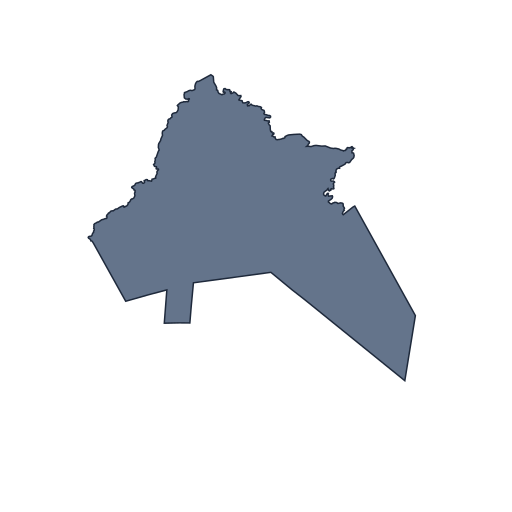 the district of Kinango, Coast, Kenya, rotated 241°
{"feature_id": "3690345B23512246754033", "entity_name": "Kinango", "entity_type": "district", "adm_level": 2, "iso_a3": "KEN", "parent_name": "Kenya", "parent_adm1": "Coast", "projection": "robinson", "projection_center": [39.255, -3.945], "detail": "fine", "context": "isolated", "style": "filled", "palette": "slate", "viewbox_px": 512, "rotation_deg": 241, "n_neighbors": 0, "source": "geoboundaries", "source_scale": "gbopen_adm2", "svg_char_len": 6170}
<svg xmlns="http://www.w3.org/2000/svg" viewBox="0 0 512 512"><g transform="rotate(241 256 256)"><path d="M433.6,272.7L433.0,272.5L432.5,271.7L432.0,271.3L429.1,270.0L427.3,270.7L426.6,271.9L425.9,272.6L426.3,273.1L426.3,273.5L425.9,273.9L425.5,273.7L425.4,273.3L425.7,272.6L424.2,272.2L423.9,271.5L424.0,271.1L424.7,270.3L425.2,268.7L426.0,267.6L426.0,266.5L426.4,265.7L426.7,263.9L426.0,260.8L425.7,260.1L424.2,260.4L422.1,259.1L421.4,258.5L420.4,256.9L420.1,255.7L420.8,253.7L421.0,252.1L420.2,250.6L418.6,250.1L418.2,249.8L418.1,248.3L417.7,247.5L418.0,245.9L417.6,245.0L416.8,244.3L415.5,244.0L413.3,241.4L411.9,241.2L411.3,240.4L410.9,237.7L410.4,236.7L410.6,235.3L410.3,234.7L409.0,233.6L406.8,232.7L404.5,229.6L403.2,228.5L401.5,225.5L400.7,224.7L398.3,223.2L395.6,222.7L395.0,221.4L390.7,216.6L390.5,215.4L390.2,215.0L388.8,214.5L387.7,213.3L386.4,212.8L386.0,212.2L385.7,210.8L383.6,210.7L382.4,212.2L381.8,212.1L381.2,211.2L380.6,211.0L380.1,211.4L379.8,212.5L379.1,212.7L378.7,212.4L378.3,211.1L377.5,210.0L376.2,209.6L374.1,206.7L372.7,206.1L372.7,205.8L373.1,205.1L373.1,203.7L373.6,202.4L372.1,200.9L373.8,198.9L374.1,198.1L374.4,197.8L375.4,198.0L376.1,197.0L376.0,195.5L376.2,194.8L376.0,194.5L375.3,194.6L374.4,194.2L374.1,192.9L374.7,192.1L376.5,191.9L376.7,191.7L376.9,191.3L376.9,190.0L377.1,189.4L377.0,188.9L377.8,186.5L377.7,185.7L376.9,184.7L376.6,183.4L376.8,181.3L376.4,180.6L376.0,180.5L373.6,181.6L372.9,181.3L372.3,181.9L371.6,181.9L370.9,181.3L370.3,181.1L370.1,180.5L369.6,180.1L367.4,179.3L366.0,177.4L365.8,175.6L366.2,174.9L365.9,173.6L365.4,173.2L364.6,171.7L364.3,170.9L364.6,170.1L363.1,168.9L362.5,167.4L362.5,166.6L362.7,165.8L362.5,165.0L362.6,164.5L363.1,164.1L363.6,164.5L364.0,164.4L364.3,164.2L364.5,163.3L364.7,159.9L364.4,157.7L365.1,155.9L364.7,153.0L365.3,152.0L365.6,150.5L364.8,148.7L365.1,148.1L365.0,147.6L364.4,146.6L364.2,145.7L363.9,145.1L363.2,144.5L362.7,144.7L362.1,144.4L361.4,143.8L361.4,143.0L361.8,142.5L362.1,139.8L362.3,139.6L362.5,138.6L362.1,134.5L362.6,133.7L362.4,132.6L362.5,130.5L362.0,129.4L361.4,129.3L360.8,128.7L359.2,127.9L358.8,127.4L358.0,127.6L357.0,127.0L356.5,126.0L355.5,125.5L355.3,124.7L354.5,123.4L353.7,122.7L353.3,122.0L353.5,120.7L354.0,119.7L354.0,118.9L353.7,118.3L352.7,118.2L351.3,119.0L349.8,119.1L349.3,118.9L349.1,119.4L348.1,119.9L346.0,120.0L279.6,120.1L274.4,142.4L269.6,161.6L241.7,143.2L234.7,156.5L229.5,165.7L243.0,174.7L262.9,188.3L234.5,261.1L208.8,271.2L193.8,277.6L74.8,325.7L126.6,366.5L251.8,366.6L251.8,364.5L249.8,352.3L250.5,352.1L251.4,352.2L252.7,353.9L253.2,355.4L253.8,355.3L254.7,356.1L254.8,356.5L255.4,356.6L257.2,356.4L258.5,357.1L259.7,357.5L260.5,357.0L261.5,355.7L262.1,353.4L262.5,352.8L263.3,352.7L263.8,352.3L264.8,350.9L264.7,349.8L265.0,349.5L265.1,348.7L264.8,347.5L265.5,346.7L266.4,346.1L267.5,345.9L268.0,345.5L268.6,345.8L268.9,345.9L269.0,346.9L269.1,348.8L269.5,350.5L270.4,351.5L271.1,351.9L271.7,351.9L273.2,348.4L274.8,348.8L275.1,349.0L275.3,349.5L276.0,349.4L276.1,348.8L275.8,348.0L274.7,346.2L274.9,346.1L274.9,345.7L275.2,345.5L276.2,345.0L277.1,345.0L277.7,345.3L278.8,346.4L279.2,348.7L279.2,350.0L279.9,351.0L280.1,351.7L278.3,351.4L277.8,351.4L277.3,351.8L277.4,352.1L277.3,353.4L277.5,353.6L277.9,353.4L278.4,354.5L277.3,355.8L277.1,356.6L277.4,357.0L278.9,357.2L279.5,358.0L281.4,358.7L281.6,358.6L282.6,360.1L282.5,360.5L282.9,360.6L284.1,360.0L284.7,358.5L285.2,358.1L285.6,357.9L286.5,358.2L286.9,358.8L286.8,360.3L286.3,361.0L285.9,361.0L285.8,361.3L286.2,362.3L288.1,364.4L290.1,365.3L290.4,366.0L290.2,366.3L290.4,366.7L290.6,366.9L291.5,366.9L292.9,368.5L292.9,370.4L292.2,371.6L293.0,371.9L293.4,372.6L293.2,374.4L293.2,378.1L293.3,378.7L293.8,379.4L294.0,380.2L293.4,381.5L292.8,381.9L292.4,383.2L293.9,386.3L294.4,388.5L294.8,389.3L296.2,390.5L298.6,391.2L299.2,390.8L299.7,390.0L301.3,390.8L301.6,391.0L301.7,392.2L302.1,392.8L302.7,393.1L302.7,393.8L303.8,392.5L304.0,393.3L305.1,393.0L305.2,392.7L304.7,392.1L305.3,391.2L305.2,390.5L305.4,390.0L306.4,388.8L306.4,388.0L305.6,387.3L305.4,386.9L305.7,386.5L305.2,385.9L305.0,385.1L305.5,384.3L305.4,383.5L306.2,383.0L307.7,381.4L309.5,380.3L310.4,379.1L310.8,378.9L312.0,377.2L312.4,376.0L314.2,373.6L318.7,369.9L320.2,366.8L323.6,362.2L324.4,360.3L325.0,357.2L326.5,355.1L327.3,353.5L327.6,355.0L328.5,356.0L328.7,357.0L329.6,357.9L329.9,358.0L330.8,357.8L331.6,357.1L332.5,356.7L336.8,355.5L338.4,354.6L340.2,354.5L341.4,353.3L344.0,348.0L346.0,343.4L346.3,341.9L346.4,339.3L345.5,338.7L345.4,338.3L345.6,337.7L345.4,337.2L345.9,336.5L346.0,334.9L346.7,332.7L347.0,332.2L347.3,331.1L348.1,330.1L349.5,329.9L351.0,330.4L351.4,329.4L352.8,328.8L353.3,328.2L354.1,329.5L353.9,330.2L354.0,330.7L354.7,331.2L355.2,331.0L355.4,330.2L355.7,330.0L356.4,329.9L357.1,330.2L357.3,330.0L357.3,329.5L357.9,329.3L359.6,329.8L362.8,331.4L363.2,331.5L364.2,331.1L366.2,331.2L366.5,331.5L366.5,332.5L367.8,333.0L368.7,331.4L369.6,330.6L370.6,329.2L371.5,329.6L372.2,330.7L372.4,331.9L370.1,335.0L370.5,336.2L371.4,336.5L372.3,336.0L372.9,335.0L374.8,333.3L375.8,332.0L376.8,332.0L377.6,333.2L379.4,333.6L381.3,332.1L382.4,331.9L383.3,332.8L384.6,332.0L385.6,330.6L386.9,329.6L387.3,328.3L388.4,327.3L389.1,326.4L389.9,325.7L391.1,325.4L391.3,324.7L390.7,323.1L391.4,321.4L392.6,321.8L392.9,323.4L393.3,324.4L394.5,324.4L395.0,323.3L394.9,321.9L395.3,320.5L395.8,319.5L396.5,318.7L398.6,319.1L400.6,316.7L400.9,316.7L402.7,320.2L403.7,320.5L404.3,319.2L405.1,318.1L408.1,317.4L410.0,316.3L410.2,316.1L409.8,314.8L410.0,313.2L410.2,312.8L411.0,312.7L411.3,313.6L411.7,314.0L412.2,313.7L412.6,313.0L413.1,313.3L414.3,313.5L415.7,311.1L416.6,310.4L417.4,310.2L417.8,309.3L417.8,308.9L417.4,308.4L415.7,306.9L415.0,306.9L414.8,307.8L414.1,308.2L413.5,307.9L413.1,307.0L413.6,305.2L413.5,304.4L416.2,302.4L418.1,302.3L418.8,302.7L419.7,302.7L420.4,302.0L422.4,303.2L424.1,303.4L428.5,303.3L433.5,305.6L434.2,305.5L436.4,304.4L436.5,291.2L436.6,290.4L437.2,289.3L437.1,288.7L436.7,287.7L435.9,286.5L434.2,284.9L431.9,283.8L431.3,283.0L431.5,280.9L431.9,279.9L432.7,279.1L433.0,278.2L433.2,277.0L433.1,275.7L433.6,272.7Z" fill="#64748b" stroke="#1e293b" stroke-width="1.5"/></g></svg>